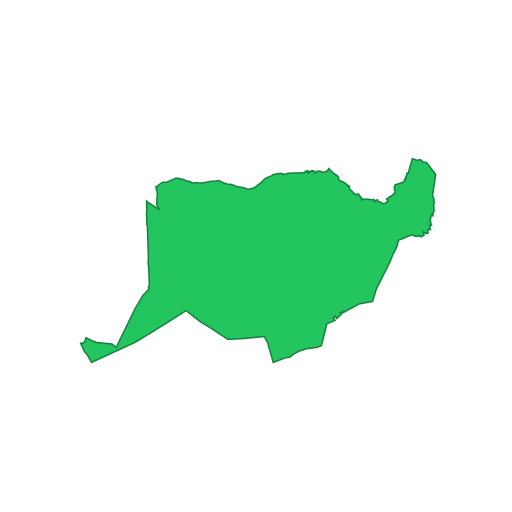 Tepetlixpa, Morelos, Mexico (Albers equal-area conic projection), rotated 240°
{"feature_id": "50627088B54138403616253", "entity_name": "Tepetlixpa", "entity_type": "district", "adm_level": 2, "iso_a3": "MEX", "parent_name": "Mexico", "parent_adm1": "Morelos", "projection": "albers", "projection_center": [-98.833, 19.014], "detail": "fine", "context": "isolated", "style": "filled", "palette": "green", "viewbox_px": 512, "rotation_deg": 240, "n_neighbors": 0, "source": "geoboundaries", "source_scale": "gbopen_adm2", "svg_char_len": 6004}
<svg xmlns="http://www.w3.org/2000/svg" viewBox="0 0 512 512"><g transform="rotate(240 256 256)"><path d="M155.2,217.7L153.1,230.9L151.6,234.4L152.3,241.0L151.9,246.8L151.1,249.5L150.5,253.3L149.3,255.8L146.5,262.8L145.6,267.8L151.5,273.5L161.9,283.5L160.7,292.3L162.2,292.2L163.4,291.9L164.0,294.0L164.4,294.3L164.4,294.6L161.4,294.8L162.9,300.7L164.6,300.3L164.4,303.6L164.1,303.6L163.4,302.9L162.9,321.4L158.4,334.2L167.3,343.8L184.1,369.4L186.0,371.6L186.3,372.0L188.1,374.4L189.5,376.0L189.8,376.4L190.0,377.1L190.0,377.6L191.4,379.4L194.0,383.1L196.5,385.2L198.4,387.4L196.5,401.4L193.3,403.9L191.8,407.2L189.9,408.9L190.2,410.0L189.8,411.7L193.2,413.1L192.7,413.2L190.4,414.6L189.9,415.5L189.6,416.2L193.0,418.1L191.6,420.2L195.6,421.5L195.5,421.8L195.1,422.5L194.9,423.4L195.5,423.4L199.1,424.5L200.6,425.4L201.1,425.3L201.2,426.1L203.5,428.0L203.6,428.7L202.4,429.3L203.7,430.2L204.2,430.2L204.7,430.3L204.5,430.9L206.0,432.7L207.2,433.4L208.4,433.8L209.0,434.4L211.4,435.2L211.6,435.9L215.7,438.4L220.1,439.1L236.8,452.4L250.8,450.6L251.8,450.2L252.5,449.7L252.9,448.9L253.0,448.2L253.8,447.8L254.0,447.6L255.0,447.3L255.3,447.2L255.5,447.1L255.9,447.1L256.1,447.0L256.6,446.8L256.9,446.7L257.2,446.5L257.4,446.2L257.6,445.1L258.0,444.2L258.8,442.9L259.0,442.6L259.4,442.4L260.4,441.6L260.6,441.5L260.8,441.3L261.3,440.9L261.5,440.6L262.0,439.8L258.5,436.4L256.7,434.4L255.3,433.0L253.4,431.1L251.7,429.4L252.2,428.0L250.8,427.0L249.5,425.1L249.3,424.9L248.6,424.9L248.1,423.0L247.2,423.4L247.1,423.1L247.1,422.6L246.3,421.5L246.5,420.8L246.5,419.1L246.9,417.6L247.0,416.3L247.4,415.6L247.4,415.1L247.9,412.9L247.9,411.8L246.1,409.9L244.9,409.4L243.8,409.2L243.4,409.0L242.7,409.0L241.7,408.1L241.0,406.9L240.4,404.0L240.3,401.5L240.6,401.2L240.0,400.1L240.2,398.0L240.0,397.8L239.7,397.5L238.1,397.9L237.4,397.7L237.2,395.3L237.2,394.5L237.2,393.5L237.6,392.5L238.2,391.9L239.5,391.3L241.8,389.4L243.0,389.2L243.9,389.2L244.3,387.9L243.4,386.2L244.1,386.1L244.5,386.1L245.4,386.3L246.1,386.4L246.5,384.6L249.3,381.2L250.7,379.0L251.2,377.9L251.4,377.1L251.3,375.9L252.1,376.5L252.3,376.6L252.7,376.6L252.9,376.6L253.2,376.4L253.3,376.2L253.5,375.9L253.8,375.8L254.0,375.7L254.2,375.8L254.4,375.9L254.6,376.1L256.1,376.0L256.6,375.9L257.2,375.8L258.0,375.7L258.5,375.7L259.0,374.8L259.0,374.2L259.1,373.5L260.6,372.2L263.5,371.8L263.6,371.6L263.8,371.5L264.1,371.5L264.2,371.4L264.3,371.2L264.5,371.1L265.3,371.1L265.7,371.0L265.9,370.9L266.5,370.6L267.0,370.7L267.2,370.8L267.7,370.8L268.2,370.8L268.5,370.9L268.9,371.0L269.2,371.3L269.7,371.4L269.7,371.7L270.0,371.9L270.3,371.5L270.4,371.1L270.4,370.9L272.4,370.5L273.8,369.8L275.9,369.0L276.3,368.6L276.8,368.3L277.3,367.9L278.1,367.4L278.7,366.9L279.2,366.4L279.6,366.2L280.3,366.0L280.9,366.0L281.6,366.2L282.4,366.7L283.0,366.9L283.6,366.8L285.0,366.5L288.4,364.8L289.9,364.1L291.0,363.8L295.0,362.9L295.4,362.7L295.2,362.4L294.8,361.8L294.3,360.8L294.2,359.9L294.0,359.3L294.1,358.5L294.0,358.0L293.9,357.4L294.4,357.1L294.7,356.8L295.0,356.1L295.6,355.1L296.6,354.6L296.9,354.2L297.4,353.9L297.8,353.1L298.2,352.8L298.5,352.1L298.6,351.7L298.9,351.2L298.9,350.8L298.6,350.6L298.5,350.4L298.2,350.0L298.4,349.5L298.3,348.8L298.7,348.6L300.5,348.8L301.0,348.3L301.3,347.8L301.3,347.6L301.4,347.2L301.8,347.3L302.1,346.5L302.1,346.0L301.8,345.7L302.7,344.2L301.6,343.7L302.2,342.7L302.7,342.7L304.0,343.3L304.7,341.0L304.0,340.9L303.4,340.5L304.3,339.2L304.7,338.1L305.6,336.3L306.2,335.1L306.8,334.0L307.7,332.6L308.7,330.8L309.5,329.1L310.3,327.8L311.0,326.2L311.5,325.1L311.9,324.1L312.1,323.1L312.1,322.6L312.4,321.4L312.5,321.3L312.7,321.2L312.9,321.0L313.2,320.8L313.5,320.6L314.5,319.7L315.1,318.9L315.6,317.9L316.2,316.5L316.6,315.3L317.3,313.6L317.9,311.2L317.7,308.5L317.9,307.0L318.2,305.9L318.5,304.6L318.4,303.0L318.0,301.1L317.5,299.2L317.2,297.9L316.9,296.0L316.6,293.9L316.5,292.3L316.2,291.0L316.0,289.3L316.1,288.2L316.4,286.7L316.6,285.6L317.0,284.6L317.4,283.5L317.8,282.5L318.4,281.7L319.2,281.2L319.9,280.8L320.3,280.5L321.7,279.0L322.6,277.9L323.5,276.8L324.8,275.1L326.1,273.9L327.6,272.6L329.0,271.6L330.1,270.7L331.2,269.2L332.1,267.6L333.1,266.6L334.7,265.3L335.9,264.2L337.1,263.3L338.4,262.6L339.3,261.9L340.0,261.3L340.5,260.5L340.9,259.1L341.1,258.3L341.4,257.6L341.7,257.0L342.3,256.3L343.2,254.2L343.7,252.5L344.2,251.2L344.6,250.1L345.3,248.5L345.8,246.9L346.7,245.0L347.0,244.1L347.4,243.3L348.0,242.7L348.4,242.2L348.9,241.7L349.4,240.9L350.0,239.5L350.2,238.8L350.8,238.0L351.2,237.5L351.9,236.9L353.4,236.0L353.9,235.6L354.3,235.1L354.6,234.6L354.9,234.1L355.2,233.7L355.7,233.5L356.5,232.9L357.2,232.4L357.9,231.9L359.5,230.4L360.2,229.8L360.7,229.2L361.8,227.9L362.7,226.6L363.5,225.6L363.6,225.2L363.5,224.7L363.5,223.9L364.0,220.3L364.2,218.5L364.3,217.2L364.4,215.9L364.9,214.8L365.9,213.4L366.3,212.3L366.4,211.2L366.3,209.1L366.3,208.6L366.2,207.4L365.9,206.9L365.8,206.4L365.7,205.9L365.5,205.2L365.6,204.9L365.9,204.0L365.6,204.1L365.4,204.0L365.1,204.1L364.8,204.3L364.7,204.3L364.5,203.8L364.3,203.4L364.1,203.1L362.9,202.8L361.9,202.7L360.4,202.2L360.0,202.1L358.5,201.2L355.6,199.2L351.5,196.6L350.2,195.8L349.6,195.6L346.2,195.5L344.1,195.4L345.0,195.2L356.7,189.2L358.0,188.9L358.3,188.8L357.4,188.3L355.5,187.3L354.2,186.5L353.1,185.9L349.8,184.1L349.3,183.7L348.5,183.0L345.6,181.4L344.0,180.6L341.2,179.0L339.6,178.2L338.4,177.5L337.9,177.3L337.4,177.0L337.1,176.9L336.9,176.9L336.8,177.0L336.6,177.0L336.4,177.0L306.9,161.2L306.8,160.8L306.4,160.5L305.8,160.2L304.8,159.7L303.9,159.2L302.1,158.3L301.7,158.1L301.5,158.3L284.5,149.3L283.8,148.7L283.6,148.4L283.2,147.7L283.0,147.4L282.9,147.2L282.7,147.2L281.9,147.2L281.5,147.2L280.5,145.6L278.3,138.2L270.9,125.0L246.8,89.3L251.9,87.2L260.8,74.7L264.3,71.8L270.2,68.0L266.8,63.9L268.1,60.5L260.1,59.7L259.7,59.6L254.6,60.5L246.1,60.3L241.6,109.1L242.7,145.3L243.7,168.1L227.2,174.8L218.7,179.5L212.7,182.5L197.7,190.1L191.1,203.3L182.1,222.8L175.5,222.8L155.2,217.7Z" fill="#22c55e" stroke="#15803d" stroke-width="1.5"/></g></svg>